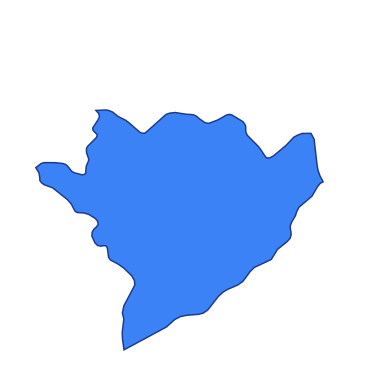 an SVG outline of Chlef, rotated 155°
{"feature_id": "DZA-2200", "entity_name": "Chlef", "entity_type": "Province", "adm_level": 1, "iso_a3": "DZA", "parent_name": "Algeria", "parent_adm1": "", "projection": "mercator", "projection_center": [1.303, 36.195], "detail": "fine", "context": "isolated", "style": "filled", "palette": "blue", "viewbox_px": 384, "rotation_deg": 155, "n_neighbors": 0, "source": "natural_earth", "source_scale": "10m", "svg_char_len": 1974}
<svg xmlns="http://www.w3.org/2000/svg" viewBox="0 0 384 384"><g transform="rotate(155 192 192)"><path d="M68.9,145.8L72.3,145.6L76.3,143.6L85.1,137.5L101.5,133.0L105.6,129.8L108.3,126.8L114.3,122.7L117.3,119.7L118.4,117.2L119.1,114.4L120.2,111.4L122.6,108.6L127.1,106.7L138.7,103.9L148.6,97.4L167.4,97.3L173.2,95.2L183.6,89.5L189.9,88.4L201.1,88.7L206.3,88.1L212.3,86.2L227.6,78.4L233.1,77.5L237.8,78.4L249.2,82.6L255.3,84.0L261.5,83.7L272.2,80.5L320.3,77.7L317.1,88.2L314.6,94.2L307.4,105.8L306.3,111.6L301.9,117.6L283.2,131.8L281.6,136.1L282.0,141.4L285.9,151.7L289.3,157.7L294.7,164.9L295.2,168.1L292.5,176.6L292.5,179.4L294.9,180.8L297.5,181.4L300.2,183.5L301.4,186.8L301.4,194.3L299.5,197.7L296.9,199.6L293.5,200.7L290.8,202.2L289.9,205.2L290.8,208.9L295.1,215.4L298.7,218.6L304.7,221.9L306.1,223.8L306.5,232.1L308.1,237.7L316.6,254.8L322.8,260.9L324.5,264.0L325.0,266.7L323.8,269.7L322.6,274.0L323.3,280.1L316.4,281.6L313.4,281.0L303.9,276.6L297.0,272.4L295.4,270.9L294.4,269.5L293.8,268.1L293.0,264.8L292.7,263.1L292.1,261.3L290.6,259.2L284.0,253.8L281.6,253.5L280.3,254.0L279.8,254.9L279.6,255.4L279.3,256.1L276.9,260.1L272.5,264.1L271.6,265.8L271.0,272.0L270.1,274.4L269.0,276.3L267.3,277.5L255.9,281.7L254.1,283.0L253.9,284.9L254.9,287.2L255.6,289.9L254.9,292.0L246.7,297.1L244.3,299.0L243.6,301.0L243.4,302.6L244.6,306.5L235.5,302.8L233.0,301.1L230.1,297.9L227.5,292.5L226.0,290.3L221.7,284.9L219.7,281.1L214.0,268.1L212.4,266.4L210.2,265.3L207.5,265.8L182.7,273.3L178.5,272.8L173.6,271.1L164.0,264.7L160.0,262.6L157.6,260.9L155.8,258.6L154.2,255.0L151.1,249.6L149.4,248.1L147.6,247.1L138.0,246.4L128.1,247.2L125.4,246.6L123.3,245.0L116.1,234.2L115.5,231.2L115.6,228.9L117.6,224.3L118.0,222.2L117.8,219.7L113.0,206.2L112.1,203.1L110.7,194.0L110.0,191.3L107.2,190.1L102.9,190.3L87.3,194.4L76.7,198.6L72.5,198.9L67.4,198.5L59.4,194.9L59.0,188.3L67.5,162.8L68.6,158.4L69.2,152.5L68.9,147.5L68.9,145.8Z" fill="#3b82f6" stroke="#1e3a8a" stroke-width="1.5"/></g></svg>